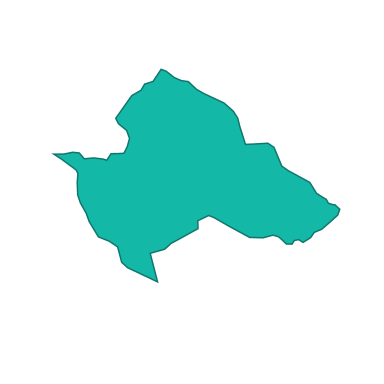 outline of Mingala, Basse-Kotto, Central African Republic, rotated 297°
{"feature_id": "33826404B71517620333215", "entity_name": "Mingala", "entity_type": "district", "adm_level": 2, "iso_a3": "CAF", "parent_name": "Central African Republic", "parent_adm1": "Basse-Kotto", "projection": "orthographic", "projection_center": [21.601, 5.165], "detail": "fine", "context": "isolated", "style": "filled", "palette": "teal", "viewbox_px": 384, "rotation_deg": 297, "n_neighbors": 0, "source": "geoboundaries", "source_scale": "gbopen_adm2", "svg_char_len": 1160}
<svg xmlns="http://www.w3.org/2000/svg" viewBox="0 0 384 384"><g transform="rotate(297 192 192)"><path d="M258.7,218.0L272.0,204.9L278.4,199.4L282.7,192.2L285.8,180.2L285.1,157.7L285.5,149.4L288.7,138.6L286.4,132.0L285.9,124.2L287.9,114.1L287.3,108.8L272.8,107.1L266.6,100.8L259.5,100.4L250.6,94.6L223.0,90.6L219.4,95.6L217.2,105.8L211.4,112.0L203.2,113.7L195.6,113.8L192.5,108.4L189.4,102.5L181.6,101.6L181.0,97.9L177.9,89.3L172.7,80.9L175.6,73.8L173.2,67.6L167.6,60.6L163.0,51.7L162.1,60.4L159.0,78.9L156.6,82.0L148.6,85.3L137.5,91.5L131.7,97.4L125.0,107.4L119.0,113.8L109.5,129.0L110.6,140.7L109.3,150.7L97.4,161.3L95.3,169.2L96.3,202.1L118.4,182.6L128.7,193.7L136.9,196.8L142.9,201.0L162.1,214.0L169.0,210.2L178.6,217.5L179.2,222.8L178.3,240.7L177.7,264.0L183.5,276.2L190.3,283.7L191.4,289.4L190.3,293.9L188.5,299.7L191.0,304.8L195.3,305.2L198.0,308.7L197.5,313.8L205.1,318.4L211.6,319.3L217.7,324.5L226.8,328.2L237.5,332.3L243.7,331.5L245.5,325.1L244.7,323.4L243.9,318.6L246.4,315.0L246.7,310.1L247.3,303.7L254.0,292.6L254.7,268.2L255.8,260.3L269.0,244.8L269.9,237.5L262.2,224.3L258.7,218.0Z" fill="#14b8a6" stroke="#0f766e" stroke-width="1.5"/></g></svg>